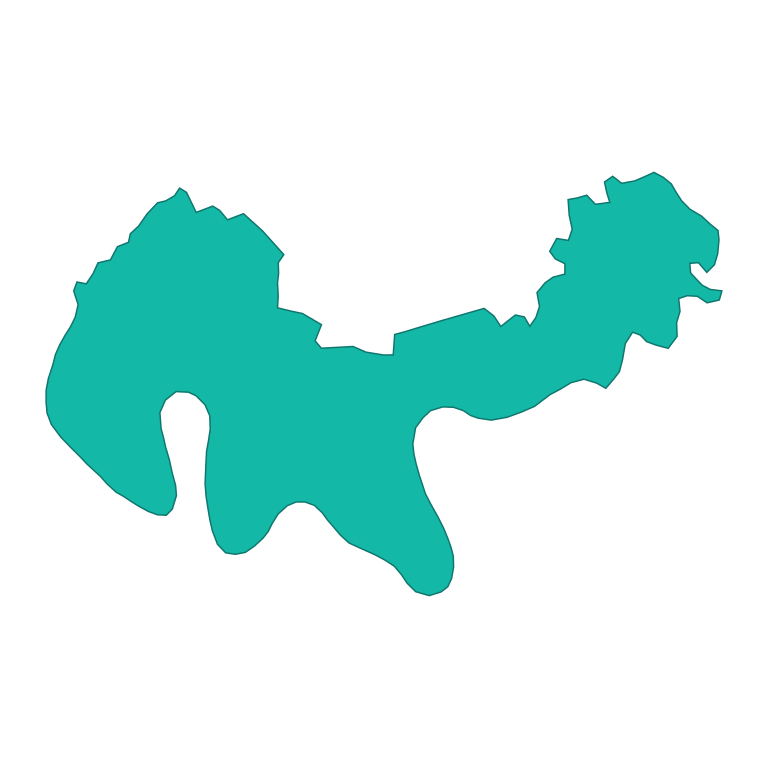 the district of Itá, Santa Catarina, Brazil
{"feature_id": "56859067B48629479075834", "entity_name": "Itá", "entity_type": "district", "adm_level": 2, "iso_a3": "BRA", "parent_name": "Brazil", "parent_adm1": "Santa Catarina", "projection": "albers", "projection_center": [-52.317, -27.249], "detail": "fine", "context": "isolated", "style": "filled", "palette": "teal", "viewbox_px": 768, "rotation_deg": 0, "n_neighbors": 0, "source": "geoboundaries", "source_scale": "gbopen_adm2", "svg_char_len": 2774}
<svg xmlns="http://www.w3.org/2000/svg" viewBox="0 0 768 768"><path d="M612.7,176.3L604.5,182.0L606.8,192.8L609.8,202.4L595.4,204.3L586.7,195.2L577.0,198.0L568.1,199.6L569.2,215.2L572.2,229.1L568.4,240.4L556.7,238.5L549.7,251.3L555.3,258.9L564.9,263.7L564.9,274.1L553.2,277.1L545.1,282.8L537.0,292.6L539.5,306.5L535.9,317.5L529.8,326.3L524.3,316.9L515.4,315.0L508.7,320.2L500.8,326.5L493.9,316.0L484.1,308.4L441.0,320.8L420.7,326.9L405.0,331.7L394.7,334.5L393.2,354.9L383.5,355.0L365.8,352.1L353.1,346.5L321.3,348.2L315.1,340.8L321.5,324.7L302.4,313.5L291.0,311.1L277.5,307.8L278.2,295.9L277.5,282.8L278.6,273.5L278.3,262.6L283.8,254.6L262.5,230.9L243.5,213.7L227.5,219.8L219.8,210.5L212.7,206.1L196.2,212.4L186.5,192.4L179.6,188.1L174.6,195.7L165.7,200.9L157.6,202.8L147.1,213.9L138.5,226.2L130.3,233.8L128.5,242.3L117.5,246.6L110.4,259.9L98.0,262.9L93.1,273.6L86.3,283.8L77.0,282.0L73.7,290.9L78.1,304.6L75.3,317.0L70.6,326.6L65.5,334.6L60.0,344.3L55.4,354.6L53.0,364.3L48.4,378.4L46.1,390.4L46.1,402.3L47.1,413.2L51.4,424.5L60.6,436.9L70.8,447.5L79.7,456.3L86.8,463.9L94.1,470.6L100.3,476.3L106.8,483.6L116.0,492.1L124.4,496.9L131.2,501.5L138.9,506.3L148.5,511.5L157.5,514.8L166.3,515.2L172.3,509.1L176.4,495.7L175.6,485.4L172.3,473.3L169.2,459.2L165.5,446.8L163.7,438.3L161.1,428.7L159.9,412.6L165.4,400.1L176.1,391.6L188.6,392.2L196.3,395.9L205.1,404.9L209.8,415.9L210.2,429.2L208.5,440.7L206.6,451.1L206.1,460.1L205.6,471.6L205.1,483.9L206.1,496.3L208.1,509.4L209.9,520.0L212.4,530.9L217.5,544.3L225.6,552.8L235.3,554.3L245.3,552.4L254.4,546.1L263.1,538.1L268.2,531.5L272.3,523.3L278.2,513.9L287.3,505.7L296.0,502.0L304.9,502.0L314.3,505.3L322.4,512.9L327.5,520.0L333.2,526.6L340.5,535.2L348.9,542.9L362.1,549.0L374.7,554.6L384.8,560.0L394.2,566.1L401.4,574.6L407.2,583.3L415.7,591.7L429.2,595.6L441.1,591.9L447.8,586.7L451.6,578.5L453.6,567.0L453.3,556.1L451.1,547.6L448.2,539.4L443.6,528.1L437.6,516.3L430.9,504.4L425.3,493.5L422.5,484.8L419.5,475.9L416.1,463.8L413.9,454.0L412.8,444.0L415.6,427.7L423.0,417.7L430.6,410.6L442.8,406.9L453.6,407.3L463.3,410.6L470.6,415.5L478.3,418.2L491.3,420.1L507.0,417.3L521.3,412.1L534.5,406.4L541.6,401.0L550.2,394.5L559.9,389.4L570.9,382.7L583.9,379.2L596.6,383.1L605.8,388.3L613.6,379.2L619.4,371.6L622.5,359.8L625.3,343.6L632.6,332.2L640.3,335.1L646.6,341.6L656.0,345.1L668.2,348.3L677.1,336.4L676.6,322.7L680.0,311.4L678.7,298.5L687.3,295.7L697.4,296.3L707.1,302.8L719.3,300.0L721.9,290.9L710.1,289.4L702.3,285.3L696.6,279.4L690.6,272.9L689.8,263.3L698.5,262.7L706.8,272.4L714.4,264.8L717.7,253.8L719.0,239.9L718.0,230.5L709.8,223.8L701.7,216.2L689.9,209.2L681.5,200.6L675.9,191.9L671.3,183.9L663.2,177.3L654.0,172.4L645.4,176.3L634.8,180.9L621.6,183.3L612.7,176.3Z" fill="#14b8a6" stroke="#0f766e" stroke-width="1.5"/></svg>